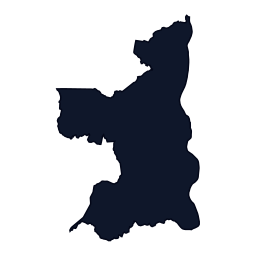 outline of Miracema do Tocantins, Tocantins, Brazil
{"feature_id": "56859067B23142311952787", "entity_name": "Miracema do Tocantins", "entity_type": "district", "adm_level": 2, "iso_a3": "BRA", "parent_name": "Brazil", "parent_adm1": "Tocantins", "projection": "robinson", "projection_center": [-48.568, -9.714], "detail": "fine", "context": "isolated", "style": "filled", "palette": "ink", "viewbox_px": 256, "rotation_deg": 0, "n_neighbors": 0, "source": "geoboundaries", "source_scale": "gbopen_adm2", "svg_char_len": 5822}
<svg xmlns="http://www.w3.org/2000/svg" viewBox="0 0 256 256"><path d="M69.9,230.2L70.1,231.2L70.7,230.5L71.6,230.1L72.4,230.0L72.8,228.8L73.5,227.8L74.6,228.2L75.6,228.3L76.3,227.4L77.3,225.1L78.0,224.0L79.4,223.5L80.5,222.7L81.2,221.7L82.2,221.4L85.3,222.5L86.8,223.4L87.4,223.9L88.3,223.9L89.0,223.3L91.0,223.3L91.9,224.6L92.9,224.6L93.7,225.6L94.8,226.0L95.2,227.2L95.4,228.2L94.8,229.1L95.1,231.3L96.6,232.1L97.2,233.1L98.1,234.1L99.0,234.8L99.8,236.0L100.3,237.6L101.3,238.2L102.4,238.4L103.7,238.9L106.0,239.3L106.9,239.6L108.6,240.6L110.6,240.5L111.4,239.3L112.5,239.2L113.5,238.5L114.1,237.7L115.1,238.4L116.6,238.4L117.8,238.2L118.5,237.4L118.6,236.1L118.9,235.0L119.7,235.1L120.5,235.6L121.1,236.5L121.9,236.6L123.0,233.3L123.7,232.6L124.5,232.2L125.1,232.8L126.0,233.0L126.8,232.8L127.7,232.2L128.8,231.8L128.8,230.3L128.9,228.6L129.8,227.7L129.7,226.8L130.9,227.1L131.9,226.3L132.5,225.6L132.8,224.6L132.8,223.7L133.5,223.2L134.1,222.4L134.2,221.2L135.1,221.4L136.1,221.5L138.1,224.4L138.9,225.2L140.7,225.6L143.3,224.8L144.1,224.3L144.9,224.2L146.5,224.9L147.3,225.0L148.1,224.9L148.6,224.1L149.3,223.6L150.5,225.4L151.1,226.0L152.0,226.5L152.9,226.4L153.6,225.7L154.7,225.6L155.4,224.8L155.6,223.7L156.4,223.1L158.8,222.0L159.7,222.0L160.5,222.1L161.5,222.6L162.5,222.8L163.3,223.2L164.3,222.8L164.6,220.9L165.2,220.2L166.9,219.2L167.9,219.1L168.7,219.5L171.0,219.0L172.6,220.3L173.8,220.8L174.8,220.8L175.6,221.6L176.7,222.3L177.6,223.1L178.9,224.9L180.7,227.1L182.1,228.4L183.0,228.9L184.2,229.2L185.6,229.4L190.3,229.4L191.3,229.6L193.1,228.5L195.0,227.8L197.3,226.6L198.3,225.9L199.1,224.6L199.2,223.6L199.2,221.6L198.1,215.8L197.5,213.5L194.7,206.1L193.9,204.2L193.1,203.1L192.2,202.4L190.6,200.4L189.5,198.3L188.7,195.8L188.6,194.6L188.7,192.4L189.2,191.0L189.8,188.6L190.8,186.3L192.2,184.0L192.9,183.4L194.8,182.1L196.4,180.5L197.3,179.3L197.8,178.2L198.1,177.0L198.2,175.6L198.9,168.6L198.9,167.1L198.4,162.6L198.2,161.7L197.9,160.8L197.0,159.3L192.2,154.5L188.3,151.8L187.6,151.2L187.0,149.8L186.4,147.2L186.5,145.9L187.4,141.4L187.9,140.5L190.1,138.6L190.9,137.7L191.1,136.6L191.1,134.5L191.3,131.8L191.2,130.5L190.8,129.2L190.4,128.4L190.2,127.3L190.3,126.4L190.2,122.5L189.6,121.6L189.2,118.8L188.3,116.8L187.3,116.0L186.0,115.3L185.3,114.4L183.7,111.0L181.7,107.9L180.6,105.8L179.9,103.5L179.5,100.6L179.5,99.6L179.7,98.3L180.8,94.7L181.7,92.6L184.5,86.9L185.6,83.8L187.1,77.3L187.5,73.9L188.1,70.5L188.6,62.6L188.6,59.4L188.2,54.8L188.2,52.4L188.1,51.3L187.0,46.7L186.9,45.3L187.1,44.3L188.0,42.4L188.6,41.6L191.1,36.0L191.9,32.8L192.0,31.3L191.3,26.7L190.8,25.2L189.7,22.7L189.4,21.5L189.3,20.5L189.4,17.0L188.2,16.8L186.7,15.4L186.1,16.1L185.7,17.0L185.9,19.6L186.4,20.3L186.5,21.2L185.9,22.4L184.9,22.7L184.1,22.8L182.9,22.5L181.6,22.4L180.6,22.0L179.8,22.4L178.8,22.3L178.1,21.3L177.3,21.9L176.0,22.5L175.1,22.4L174.2,22.8L173.5,23.6L173.1,24.4L172.4,25.3L171.5,25.6L169.1,27.5L168.3,27.8L166.5,28.3L165.5,28.0L164.6,28.0L164.0,27.5L162.3,27.8L161.6,29.2L160.9,30.1L158.8,30.7L157.7,30.9L155.7,31.7L155.0,32.2L154.4,32.9L153.5,33.5L153.3,34.4L153.6,36.3L153.2,37.3L151.1,38.5L150.4,39.2L149.2,41.3L148.4,42.3L144.1,40.7L143.3,41.5L142.5,41.6L138.9,41.0L135.9,40.6L135.1,44.6L134.1,50.7L133.9,52.2L134.4,53.3L135.3,54.0L137.5,55.5L137.8,56.4L138.6,57.2L139.9,57.7L140.7,58.4L141.3,60.8L140.7,61.8L141.4,63.5L142.2,63.5L143.1,62.8L143.9,62.5L144.6,63.0L145.2,63.7L146.2,64.1L146.0,65.3L147.4,65.8L147.7,64.9L148.6,64.9L149.4,65.3L150.2,65.5L150.3,66.5L150.9,67.0L151.1,68.1L152.4,69.2L151.9,70.1L150.8,69.8L149.9,70.6L149.2,71.0L148.4,71.3L147.6,71.3L146.8,71.8L144.2,73.5L142.3,75.6L141.4,76.2L140.6,76.5L138.8,76.6L137.7,76.9L137.8,78.0L137.3,79.4L136.8,80.4L135.5,82.1L133.7,82.7L123.0,91.2L121.8,91.7L120.9,91.2L119.9,90.9L118.9,91.5L117.6,91.6L116.9,91.0L116.1,91.3L115.1,91.5L114.7,92.3L114.8,93.6L113.5,95.4L113.4,96.7L112.0,97.0L111.0,97.9L110.1,98.0L107.5,97.3L106.4,97.3L105.5,96.3L104.8,95.8L104.0,96.0L103.4,95.2L102.1,94.6L101.1,94.2L100.3,92.6L99.2,91.3L97.2,90.6L96.7,89.9L95.9,89.3L94.9,88.7L93.9,89.0L93.0,89.5L91.8,89.2L63.7,88.8L56.8,88.9L57.2,89.9L58.2,90.6L59.1,91.7L60.5,95.6L60.8,97.2L60.6,99.6L60.2,100.6L59.3,101.4L59.2,102.3L59.9,103.0L60.2,103.8L59.8,104.9L59.9,105.8L59.7,108.0L59.8,108.9L61.4,109.4L61.6,110.8L60.8,114.0L60.6,115.9L60.1,116.8L59.5,117.4L58.8,117.9L58.1,118.7L57.7,119.9L57.5,120.8L57.8,121.8L58.4,123.1L58.6,124.5L58.1,125.3L57.9,126.2L58.4,127.4L58.9,129.7L59.6,131.3L59.9,132.5L60.9,133.2L61.8,133.2L62.7,134.7L63.7,135.1L64.6,136.0L67.8,137.4L69.6,137.5L70.9,138.9L71.6,138.6L72.1,137.9L72.1,136.8L72.7,136.1L73.4,136.7L74.0,135.6L75.0,135.1L75.9,135.0L76.4,136.8L77.2,137.7L78.3,137.8L78.8,137.0L79.5,136.2L80.5,135.9L81.6,136.2L83.3,135.3L84.2,134.5L85.0,134.3L86.9,135.5L87.9,135.0L88.5,134.2L89.2,133.9L89.6,135.1L89.1,136.1L88.8,137.2L88.1,138.5L87.7,139.9L88.4,140.8L88.7,141.7L89.4,142.1L91.3,142.2L93.3,141.4L94.4,141.7L95.3,142.2L96.6,143.6L97.4,144.0L98.4,144.0L99.7,144.3L100.8,144.3L101.3,142.1L102.4,136.7L102.8,135.6L103.6,134.7L104.1,136.7L105.1,138.4L106.2,138.6L106.7,139.6L106.9,140.9L107.3,141.8L114.8,141.3L114.2,142.5L113.9,143.8L113.9,147.0L113.4,148.9L113.6,150.1L114.3,150.7L114.8,151.7L114.6,152.8L115.5,154.3L116.1,155.0L117.0,157.3L116.9,158.1L117.0,159.1L117.8,159.5L118.3,160.3L119.0,161.1L119.5,162.1L120.3,163.2L121.7,173.7L121.6,174.6L121.1,175.4L120.4,175.8L119.9,176.4L119.8,178.3L119.0,179.1L118.4,180.2L118.1,181.4L117.5,182.4L115.5,183.3L114.5,184.0L112.7,183.7L107.6,181.4L106.8,181.3L104.9,181.4L103.0,181.2L102.1,181.2L101.4,181.7L100.6,182.5L98.8,183.6L97.1,184.0L96.3,185.0L94.2,185.9L93.9,187.3L93.2,191.9L92.9,192.7L90.5,197.3L90.4,198.2L90.7,203.0L90.6,203.9L90.3,204.8L84.9,214.7L83.6,217.1L83.0,217.8L71.9,227.1L71.0,228.1L69.9,230.2Z" fill="#0f172a" stroke="#020617" stroke-width="1.5"/></svg>